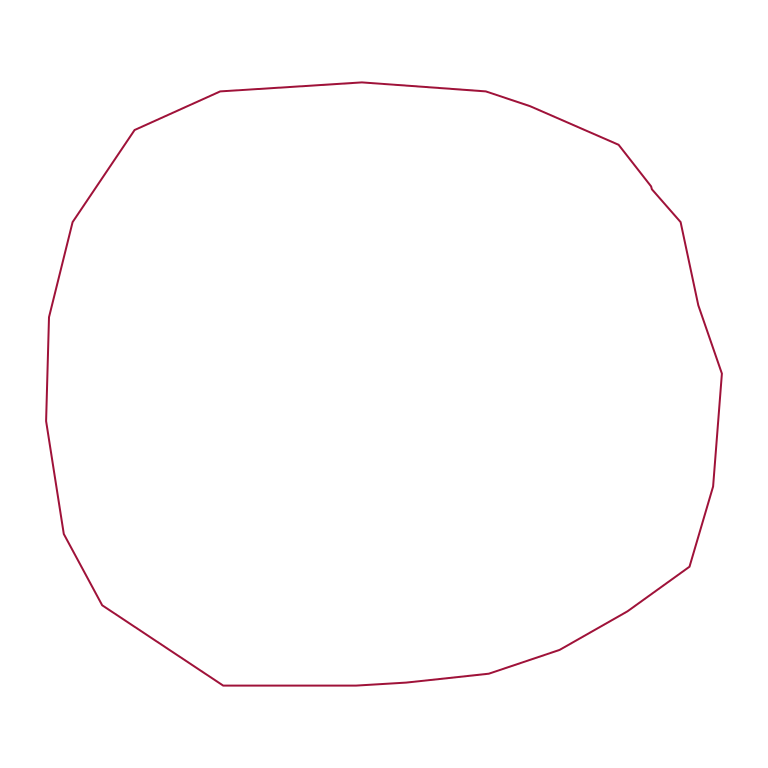 Dibaya-Lubwe, Bandundu, Democratic Republic of the Congo
{"feature_id": "63176286B25992661497472", "entity_name": "Dibaya-Lubwe", "entity_type": "district", "adm_level": 2, "iso_a3": "COD", "parent_name": "Democratic Republic of the Congo", "parent_adm1": "Bandundu", "projection": "orthographic", "projection_center": [19.864, -4.155], "detail": "fine", "context": "isolated", "style": "outline", "palette": "rose", "viewbox_px": 768, "rotation_deg": 0, "n_neighbors": 0, "source": "geoboundaries", "source_scale": "gbopen_adm2", "svg_char_len": 432}
<svg xmlns="http://www.w3.org/2000/svg" viewBox="0 0 768 768"><path d="M299.9,685.6L356.0,685.6L406.1,682.6L488.8,673.7L559.6,649.9L627.5,611.3L689.5,566.7L713.1,486.5L721.9,373.6L698.3,305.3L680.6,222.1L651.9,189.3L651.1,186.4L618.6,144.8L530.1,106.2L485.8,91.4L361.9,82.4L220.2,91.4L134.6,130.0L72.6,222.1L49.0,317.2L46.1,421.1L63.8,534.0L102.2,605.3L223.2,685.6L299.9,685.6Z" fill="none" stroke="#9f1239" stroke-width="2"/></svg>